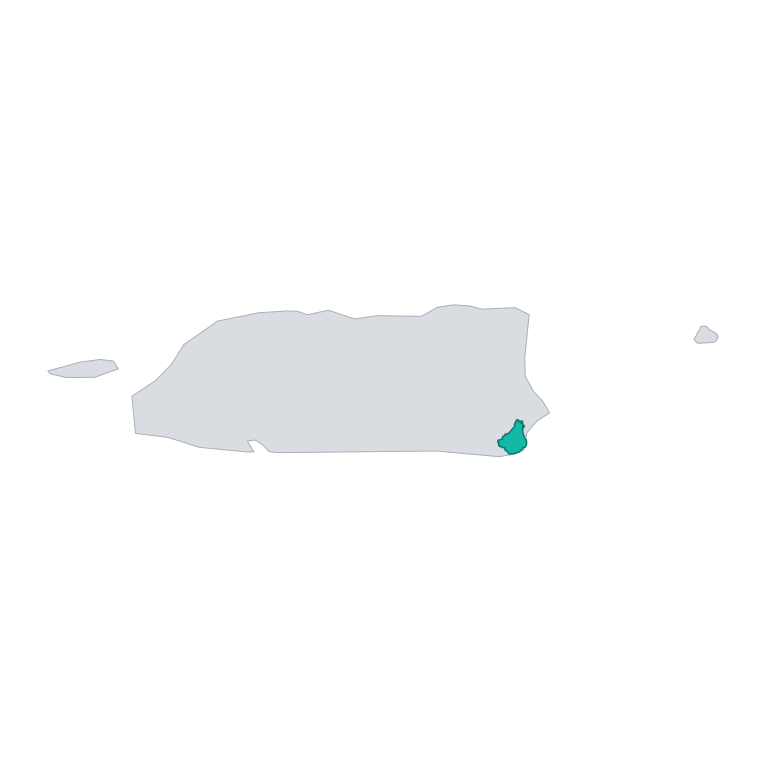 location of Aguadilla, Puerto Rico, rotated 178°
{"feature_id": "32010507B44125592347050", "entity_name": "Aguadilla", "entity_type": "district", "adm_level": 2, "iso_a3": "PRI", "parent_name": "Puerto Rico", "parent_adm1": "", "projection": "albers", "projection_center": [-67.126, 18.45], "detail": "fine", "context": "in_parent", "style": "filled", "palette": "teal", "viewbox_px": 768, "rotation_deg": 178, "n_neighbors": 0, "source": "geoboundaries", "source_scale": "gbopen_adm2", "svg_char_len": 2688}
<svg xmlns="http://www.w3.org/2000/svg" viewBox="0 0 768 768"><g transform="rotate(178 384 384)"><path d="M507.1,327.2L515.0,332.5L522.6,331.7L516.4,320.8L522.0,320.7L570.6,327.1L601.9,338.2L634.1,343.3L636.4,380.5L611.8,395.6L595.7,411.2L582.7,430.3L548.1,452.7L506.3,459.6L478.4,460.4L468.1,459.7L457.9,455.9L436.9,459.7L410.9,450.0L388.6,452.5L344.4,450.3L327.8,458.8L312.0,460.7L296.4,459.1L283.2,455.4L250.4,455.7L236.5,448.4L242.3,406.1L242.7,386.9L234.7,371.1L225.9,361.1L219.5,349.4L232.4,341.6L242.9,330.4L246.3,313.4L257.8,309.3L271.3,307.3L333.9,315.2L492.1,319.1L501.1,320.4L507.1,327.2ZM686.3,416.6L666.4,418.4L653.4,416.3L649.0,408.4L673.1,400.8L701.3,401.6L717.4,405.9L719.4,408.8L686.3,416.6ZM64.9,430.4L62.5,430.7L60.2,430.4L59.1,429.6L57.4,427.2L50.2,423.1L48.6,419.5L50.2,415.6L53.2,414.1L67.9,413.7L69.4,414.1L72.3,416.8L72.4,418.7L70.9,420.5L68.3,425.2L67.2,426.3L66.4,427.6L66.0,429.7L64.9,430.4Z" fill="#d9dde1" stroke="#a8b0b8" stroke-width="1"/><path d="M260.3,309.5L259.1,310.0L258.0,309.8L257.4,309.8L255.9,309.8L255.2,310.0L253.8,310.4L253.8,310.5L253.0,311.0L251.5,311.2L249.4,312.8L249.1,313.0L248.9,313.1L248.4,313.7L247.8,314.6L247.7,314.8L247.1,315.6L245.1,316.0L243.9,317.7L243.7,318.8L243.6,319.2L243.5,319.9L243.6,321.6L243.7,322.9L244.9,324.5L245.0,324.7L245.2,324.9L245.4,325.3L245.9,327.2L246.4,328.5L246.5,328.8L246.6,329.1L246.7,329.3L246.8,330.9L246.9,331.2L246.9,331.8L246.9,332.2L247.0,332.4L247.1,333.4L247.0,333.5L247.0,333.9L246.8,334.4L246.6,335.1L246.3,335.4L245.9,335.7L245.8,335.8L246.2,335.9L246.2,336.3L245.7,336.5L245.3,337.2L246.0,337.2L246.8,336.6L246.5,337.4L246.2,337.3L246.1,337.7L246.6,337.9L246.6,338.5L246.4,338.7L246.5,339.1L246.9,339.4L247.2,340.1L247.5,340.1L247.0,340.4L247.3,340.7L246.9,341.1L246.9,341.7L247.5,341.3L248.2,341.7L248.3,342.0L249.0,341.6L249.2,342.1L249.9,341.9L249.9,342.2L250.3,342.4L250.8,342.1L250.6,342.7L250.8,343.1L251.4,343.5L252.3,343.7L252.7,343.4L252.7,342.9L252.9,342.8L253.0,342.8L254.2,340.9L255.1,338.9L255.1,338.7L254.9,337.9L254.8,337.7L254.7,337.5L254.9,337.3L256.0,335.9L258.1,333.7L261.5,329.9L262.1,330.1L262.9,330.2L263.8,329.5L264.5,329.6L264.4,329.3L264.3,328.9L264.8,328.6L265.2,328.5L265.3,328.0L266.1,327.9L267.0,327.6L267.1,327.3L267.3,326.1L267.6,326.1L267.7,324.8L272.1,323.7L272.2,321.6L271.6,321.6L271.5,321.1L271.4,319.6L271.6,318.6L270.9,318.4L270.5,317.5L269.5,317.6L268.9,317.0L267.8,316.5L267.7,316.3L266.9,316.2L266.4,316.4L265.6,316.1L265.4,315.7L265.5,315.3L265.5,314.1L265.2,314.0L264.9,313.9L264.9,313.6L264.4,313.4L263.8,312.3L263.2,312.3L262.1,311.4L262.2,310.5L261.8,310.1L260.4,309.8L260.3,309.5Z" fill="#14b8a6" stroke="#0f766e" stroke-width="1.5"/></g></svg>